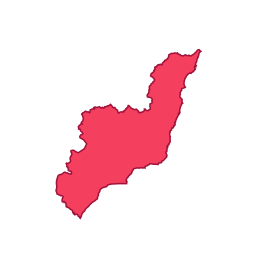 the district of Nkhata Bay, Nkhata Bay, Malawi, rotated 27°
{"feature_id": "42251766B11922581525025", "entity_name": "Nkhata Bay", "entity_type": "district", "adm_level": 2, "iso_a3": "MWI", "parent_name": "Malawi", "parent_adm1": "Nkhata Bay", "projection": "orthographic", "projection_center": [34.057, -11.614], "detail": "fine", "context": "isolated", "style": "filled", "palette": "rose", "viewbox_px": 256, "rotation_deg": 27, "n_neighbors": 0, "source": "geoboundaries", "source_scale": "gbopen_adm2", "svg_char_len": 5887}
<svg xmlns="http://www.w3.org/2000/svg" viewBox="0 0 256 256"><g transform="rotate(27 128 128)"><path d="M95.0,219.1L95.3,218.8L96.6,219.0L97.5,218.7L98.4,219.0L99.5,218.4L101.1,218.4L101.5,218.8L101.5,220.8L102.3,222.9L102.8,223.5L103.4,223.5L104.2,222.5L105.0,223.4L105.7,222.8L106.2,222.8L107.2,223.7L107.7,224.8L108.3,225.1L108.6,226.2L108.8,226.3L109.5,225.9L110.3,226.2L111.1,225.9L112.7,226.2L113.5,226.7L114.1,226.5L115.7,226.7L116.3,227.1L116.6,227.8L117.3,228.4L118.1,227.9L118.7,228.1L118.8,228.3L118.4,229.0L119.5,229.5L120.1,229.5L120.6,228.4L121.2,228.4L122.0,228.0L122.8,228.3L123.7,229.2L124.8,229.0L125.7,229.9L126.5,230.1L126.5,227.7L126.2,226.8L126.0,225.1L126.3,223.5L127.1,221.2L126.9,220.1L127.1,218.8L128.4,215.8L128.9,213.1L129.6,211.6L129.8,210.7L131.4,208.1L132.1,206.5L132.1,206.2L132.9,205.0L132.3,203.6L132.1,201.1L131.3,199.4L131.7,197.7L131.2,195.5L132.1,193.2L133.7,191.5L135.4,190.1L135.8,188.8L135.7,188.0L138.6,185.5L145.7,181.4L152.1,178.2L151.7,177.2L151.4,177.0L151.4,176.3L150.9,176.3L150.6,175.8L150.6,176.1L150.4,176.1L150.1,175.6L149.8,173.0L150.4,171.5L150.2,171.4L150.2,170.5L151.0,169.5L150.8,168.4L151.8,167.2L151.5,166.5L151.6,165.9L151.3,165.6L151.5,164.7L151.2,164.0L151.7,163.0L151.4,161.9L154.1,159.5L156.1,158.7L156.6,158.4L156.9,157.9L160.3,156.4L160.8,155.9L161.3,155.8L160.7,155.0L160.9,154.4L161.5,153.5L162.3,152.8L162.9,151.4L163.6,150.8L163.5,150.1L164.9,149.4L166.3,149.0L171.4,146.8L171.4,146.2L171.2,146.3L171.1,146.0L171.2,145.5L171.6,145.2L172.1,144.5L173.1,144.1L173.6,143.4L173.1,142.2L174.3,140.9L175.6,136.2L175.4,136.1L175.1,134.6L173.0,132.9L172.7,131.8L173.1,131.8L173.3,131.5L172.1,128.4L172.1,127.3L171.3,127.2L171.2,126.8L171.8,126.4L171.7,126.2L171.1,126.4L171.1,125.9L171.9,124.6L171.6,124.6L171.5,123.9L171.9,121.8L171.7,120.8L169.8,117.5L169.7,116.6L169.1,116.3L168.0,114.7L167.3,113.4L167.5,112.4L166.9,111.9L167.6,110.0L167.3,109.7L167.4,109.1L167.1,108.1L167.4,107.8L167.7,107.8L168.0,107.6L168.2,105.6L167.8,105.4L167.8,104.8L168.3,104.7L168.5,104.1L168.3,103.1L167.6,102.8L167.5,102.2L167.1,101.7L167.2,101.3L167.6,101.2L167.1,99.1L167.1,97.9L166.8,97.6L167.1,96.2L166.9,94.7L167.3,92.1L166.4,92.0L167.1,91.3L167.3,90.8L166.7,90.5L166.7,89.8L166.3,89.5L165.5,87.2L165.1,84.8L165.1,82.6L164.8,81.7L165.3,81.1L164.7,81.0L164.6,80.3L164.3,80.2L163.6,79.1L163.4,78.1L160.0,76.7L159.3,74.8L159.4,74.2L158.9,73.7L158.5,72.8L158.4,71.3L158.7,70.0L158.1,68.9L158.2,68.7L158.7,67.8L160.4,66.1L160.6,65.5L159.7,65.2L159.0,64.7L157.5,62.8L156.9,60.6L156.6,60.1L156.5,58.6L156.3,58.0L156.6,56.4L156.3,55.4L156.8,53.9L156.9,53.1L157.8,51.2L159.4,50.5L159.3,49.9L160.4,48.6L160.2,47.8L160.8,47.5L160.8,46.7L161.3,45.4L161.2,44.8L160.5,44.7L159.4,43.4L159.4,43.1L159.9,42.8L160.6,42.8L160.4,42.2L160.6,41.6L159.8,41.6L159.9,41.1L159.4,40.9L158.9,40.0L159.1,38.7L158.9,37.3L158.4,35.7L158.3,34.4L158.1,34.1L158.1,33.2L158.4,32.8L157.9,32.4L158.0,31.3L157.4,29.3L157.5,27.9L158.2,26.6L157.2,26.5L155.8,25.9L155.1,26.3L154.4,27.5L154.4,28.7L152.7,33.1L152.0,33.9L151.8,34.7L151.0,35.4L150.2,35.6L149.3,35.4L148.9,36.0L148.0,36.7L146.1,36.7L145.5,37.1L144.7,38.5L143.2,39.2L141.6,39.3L141.1,38.9L140.2,39.2L139.1,39.3L138.0,38.6L137.7,39.3L135.5,39.9L134.4,41.1L132.9,41.8L131.2,44.1L131.5,44.8L131.5,45.5L131.9,46.0L131.9,47.5L131.6,48.7L131.1,49.6L131.0,50.5L130.2,50.8L130.0,51.2L130.3,52.1L129.7,52.8L129.2,55.0L129.8,56.2L129.3,56.5L127.7,56.6L127.4,57.4L126.3,57.8L126.0,58.2L126.0,58.6L125.5,59.3L125.8,60.3L124.6,61.2L124.3,61.7L124.4,62.1L124.9,62.3L125.1,63.4L125.5,63.8L124.8,64.9L125.6,65.9L124.9,67.0L124.6,68.2L124.0,68.7L124.4,71.2L124.6,71.4L125.2,71.6L127.0,71.4L128.0,72.1L129.9,72.9L129.9,74.6L129.3,75.4L129.8,76.3L129.2,77.0L128.6,78.2L128.8,79.6L128.3,80.5L128.2,81.3L128.7,82.6L129.7,83.6L129.3,84.5L130.0,85.7L130.5,87.4L130.5,88.2L130.1,88.9L130.3,90.4L131.2,91.5L133.7,90.8L135.3,90.7L136.5,91.4L136.8,91.8L136.7,92.9L137.6,93.5L137.9,94.4L137.8,95.2L136.8,96.4L136.7,96.8L137.4,97.7L137.5,98.5L138.4,99.5L139.2,100.9L139.1,101.5L138.5,102.0L138.1,103.3L137.6,103.7L135.9,104.0L134.6,103.3L134.3,103.5L134.2,103.6L134.7,103.7L134.8,103.9L134.5,104.4L134.6,104.9L134.5,105.6L133.9,106.4L133.8,107.3L132.4,108.0L131.7,109.2L130.8,109.1L130.0,108.4L129.5,108.8L129.0,108.0L126.9,107.4L125.6,108.6L124.2,108.8L121.4,108.8L118.8,107.7L118.0,107.8L118.3,109.9L117.8,110.6L117.9,111.7L117.2,112.1L117.3,114.0L116.3,115.0L116.8,115.7L114.5,116.8L113.5,117.7L113.1,118.6L112.5,119.0L111.5,118.1L111.1,117.4L110.4,116.8L109.3,116.9L108.1,116.5L107.5,115.9L106.9,115.7L106.5,116.2L105.0,116.6L104.5,116.3L104.2,115.8L103.4,115.7L102.2,115.0L101.6,114.9L101.3,116.0L100.9,116.3L100.5,117.2L99.8,117.4L99.3,118.4L97.5,119.8L97.7,120.4L97.4,121.3L95.8,121.2L95.1,122.4L94.1,122.4L93.4,122.0L93.0,122.0L90.6,124.1L89.4,124.1L88.9,124.4L88.3,125.3L89.3,125.7L89.5,126.2L87.8,127.0L86.1,129.1L86.8,130.8L86.9,131.8L85.1,131.6L84.1,132.4L82.7,132.2L81.9,133.2L81.7,134.3L80.8,135.1L80.8,135.8L80.4,136.4L80.6,137.0L81.5,137.3L82.5,138.2L83.8,139.8L84.5,141.9L83.9,144.4L84.1,145.0L85.3,145.1L85.5,145.3L84.4,145.9L83.3,148.3L83.2,149.6L84.3,150.5L84.5,151.4L86.0,150.9L87.0,152.1L88.6,152.5L90.2,153.3L90.1,154.7L89.2,155.2L88.9,156.7L88.9,157.4L89.7,158.5L93.7,158.6L98.4,160.8L98.5,166.3L95.0,172.5L94.6,172.7L91.9,172.8L89.8,172.5L88.4,173.2L87.6,174.0L87.5,174.3L88.2,175.3L89.2,175.8L89.4,176.6L90.1,177.3L89.9,178.4L90.2,179.1L89.8,179.8L89.9,180.6L90.7,182.3L91.7,183.2L92.0,183.8L91.4,185.7L90.4,186.9L89.1,187.2L89.0,187.8L90.1,188.4L91.0,190.2L92.7,190.6L92.9,191.2L93.6,191.9L93.9,192.8L95.2,193.0L96.6,192.5L97.2,192.5L97.7,192.9L97.7,193.8L98.3,194.1L98.4,194.4L98.2,195.0L96.6,195.6L94.3,195.5L93.4,196.1L92.3,195.9L91.6,196.1L91.0,196.9L89.8,199.6L88.5,200.3L87.4,201.8L87.6,204.3L88.4,207.6L89.0,209.2L91.5,213.2L92.3,216.5L95.0,219.1Z" fill="#f43f5e" stroke="#9f1239" stroke-width="1.5"/></g></svg>